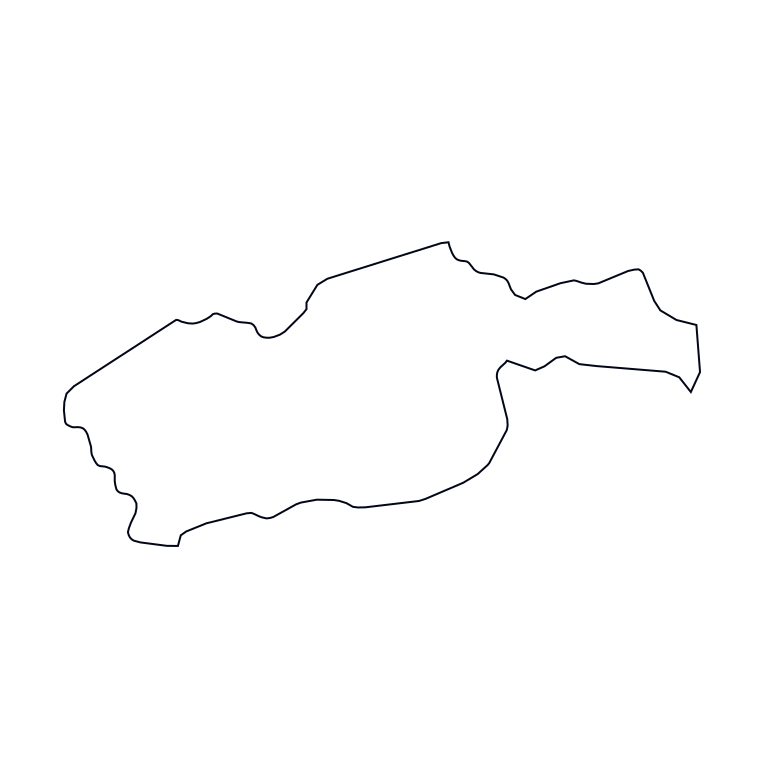 the border of Diourbel, rotated 343°
{"feature_id": "SEN-763", "entity_name": "Diourbel", "entity_type": "Region", "adm_level": 1, "iso_a3": "SEN", "parent_name": "Senegal", "parent_adm1": "", "projection": "albers", "projection_center": [-16.16, 14.769], "detail": "fine", "context": "isolated", "style": "outline", "palette": "ink", "viewbox_px": 768, "rotation_deg": 343, "n_neighbors": 0, "source": "natural_earth", "source_scale": "10m", "svg_char_len": 2287}
<svg xmlns="http://www.w3.org/2000/svg" viewBox="0 0 768 768"><g transform="rotate(343 384 384)"><path d="M582.3,339.2L595.8,340.4L597.9,341.5L602.7,344.9L606.5,347.2L613.8,349.7L618.3,350.4L650.5,347.3L656.8,347.8L661.0,348.8L662.7,350.7L664.1,353.3L666.7,383.5L669.8,394.4L682.4,408.3L700.0,418.9L689.7,465.0L675.1,481.4L668.3,463.9L656.9,454.6L592.5,429.0L576.6,422.1L565.3,410.4L556.3,409.3L542.7,414.0L532.5,415.2L508.4,397.6L506.4,399.1L500.1,402.1L497.6,403.8L495.8,405.9L494.6,408.3L493.8,410.9L491.6,453.6L490.2,459.5L489.1,461.9L487.8,464.1L461.5,490.4L459.4,491.8L447.3,497.5L430.9,501.6L390.1,506.0L383.3,506.1L330.2,496.5L323.1,494.5L318.4,492.4L313.2,486.9L306.9,482.6L302.2,480.3L286.0,475.0L269.9,473.1L264.7,473.4L239.3,478.8L235.9,478.8L232.4,478.2L228.2,475.8L225.6,473.8L221.7,470.2L219.5,468.5L214.8,467.5L173.3,465.3L151.7,467.2L145.4,469.3L139.6,478.6L129.3,475.4L104.8,464.3L99.0,460.7L97.4,458.9L96.2,456.5L95.7,453.8L95.8,450.8L97.9,447.3L101.3,442.8L108.5,435.0L111.1,430.1L112.3,425.8L111.8,422.7L111.1,419.9L109.9,417.5L108.2,415.7L106.2,414.2L101.6,412.0L99.6,410.6L98.1,408.8L97.3,406.5L97.5,402.2L98.1,398.1L99.8,392.7L100.1,390.5L99.8,388.2L98.7,386.1L97.1,384.4L95.1,382.8L93.0,381.4L88.3,379.4L86.5,377.8L85.5,375.3L84.8,372.4L83.9,366.5L84.2,363.7L85.5,358.4L85.7,345.8L85.2,342.7L84.3,340.1L82.9,338.1L80.9,336.7L78.5,335.7L74.0,334.5L72.1,333.2L69.3,330.6L68.3,329.1L68.0,326.8L70.2,315.6L73.1,307.7L77.6,300.4L86.8,295.5L204.0,261.9L205.9,262.8L207.2,263.9L208.4,265.1L214.1,268.5L218.4,270.2L221.9,270.8L226.2,270.9L233.2,269.9L236.9,268.9L239.1,268.1L239.6,267.8L239.8,267.6L240.1,267.5L240.9,267.2L242.8,267.2L245.2,267.9L261.5,281.2L263.7,282.5L271.6,285.7L274.9,287.4L276.6,289.8L277.5,292.5L277.7,295.3L278.1,298.1L279.1,300.5L280.5,302.6L282.4,304.1L285.0,305.3L288.1,306.3L292.3,306.8L298.8,306.4L304.4,304.9L327.7,292.6L331.8,289.7L333.7,283.4L349.3,269.7L360.6,266.8L479.8,266.0L487.1,267.3L486.9,271.9L487.4,278.4L488.0,281.5L488.9,284.2L490.3,286.3L492.2,287.8L494.2,288.9L497.6,290.3L499.4,291.4L500.7,293.2L503.6,300.8L505.0,302.8L506.7,304.6L508.8,306.0L521.1,311.3L529.3,317.1L530.8,318.9L532.0,321.1L532.6,323.9L533.1,330.6L535.4,337.2L544.0,344.1L556.6,340.2L582.3,339.2Z" fill="none" stroke="#020617" stroke-width="2"/></g></svg>